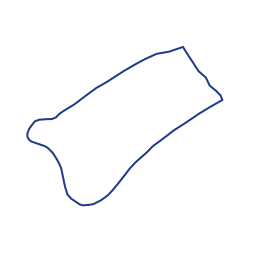 the district of Dilong, Kayangel, Palau, rotated 252°
{"feature_id": "81905179B74113200519778", "entity_name": "Dilong", "entity_type": "district", "adm_level": 2, "iso_a3": "PLW", "parent_name": "Palau", "parent_adm1": "Kayangel", "projection": "robinson", "projection_center": [134.717, 8.088], "detail": "fine", "context": "isolated", "style": "outline", "palette": "blue", "viewbox_px": 256, "rotation_deg": 252, "n_neighbors": 0, "source": "geoboundaries", "source_scale": "gbopen_adm2", "svg_char_len": 839}
<svg xmlns="http://www.w3.org/2000/svg" viewBox="0 0 256 256"><g transform="rotate(252 128 128)"><path d="M188.1,205.3L187.9,190.6L189.7,178.2L188.3,165.6L186.5,155.6L183.5,141.6L178.3,122.0L175.9,110.3L172.6,100.3L167.0,84.1L164.3,72.7L162.8,67.4L160.3,62.6L160.1,58.4L161.7,52.7L163.3,46.1L163.1,41.5L160.3,37.2L157.5,33.5L153.5,30.4L150.4,29.6L147.5,30.3L145.0,31.9L136.5,43.2L134.1,45.4L127.8,48.7L121.0,50.5L115.7,51.5L110.6,52.0L103.7,51.3L92.0,50.0L83.3,49.9L78.4,52.1L73.8,55.7L70.0,58.7L68.4,61.2L66.9,67.3L66.3,71.9L67.7,80.3L70.3,88.1L73.2,93.5L79.2,102.9L89.1,117.5L93.0,124.5L99.4,139.2L103.1,146.1L105.8,154.5L111.7,171.2L115.6,186.1L119.4,199.0L122.6,212.4L125.5,226.4L130.5,226.1L133.1,224.6L135.4,223.7L143.1,218.8L152.0,217.6L160.2,212.7L177.9,207.9L188.1,205.3Z" fill="none" stroke="#1e3a8a" stroke-width="2"/></g></svg>